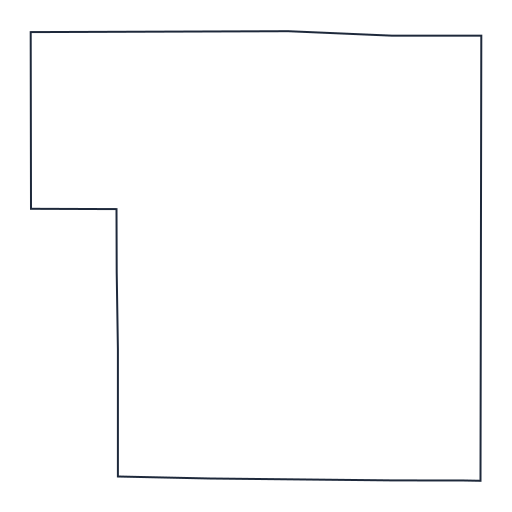 outline of Portage, Wisconsin, United States of America
{"feature_id": "52423323B90937384795518", "entity_name": "Portage", "entity_type": "district", "adm_level": 2, "iso_a3": "USA", "parent_name": "United States of America", "parent_adm1": "Wisconsin", "projection": "mercator", "projection_center": [-89.565, 44.465], "detail": "fine", "context": "isolated", "style": "outline", "palette": "slate", "viewbox_px": 512, "rotation_deg": 0, "n_neighbors": 0, "source": "geoboundaries", "source_scale": "gbopen_adm2", "svg_char_len": 287}
<svg xmlns="http://www.w3.org/2000/svg" viewBox="0 0 512 512"><path d="M30.7,32.1L31.0,208.8L116.5,209.1L116.7,271.9L117.9,349.1L117.9,476.5L209.8,478.5L392.4,480.4L464.4,480.5L480.5,480.8L481.3,35.7L392.7,35.7L288.2,31.2L30.7,32.1Z" fill="none" stroke="#1e293b" stroke-width="2"/></svg>